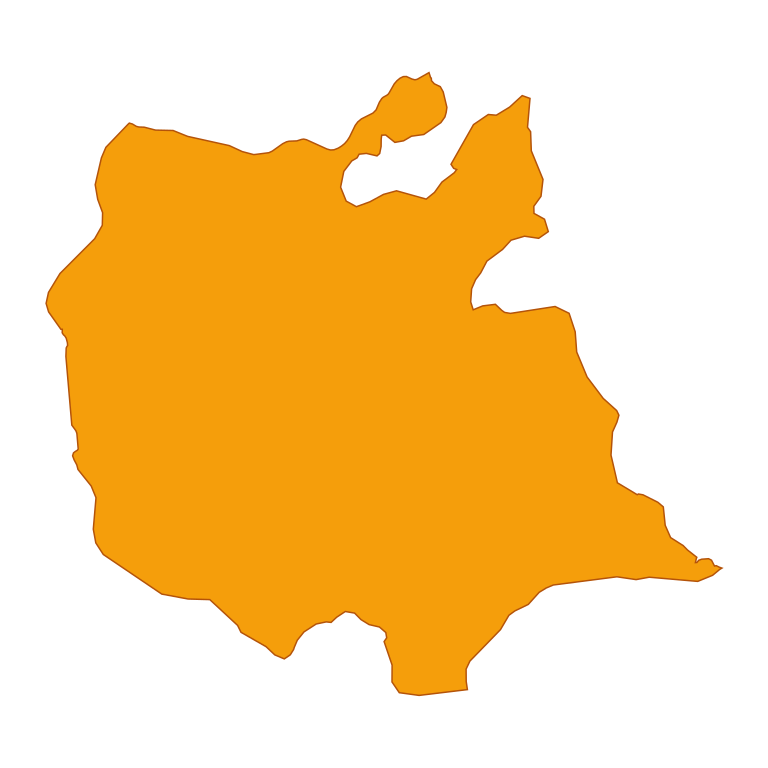 outline of East Azarbaijan
{"feature_id": "IRN-3238", "entity_name": "East Azarbaijan", "entity_type": "Province", "adm_level": 1, "iso_a3": "IRN", "parent_name": "Iran", "parent_adm1": "", "projection": "albers", "projection_center": [46.749, 37.961], "detail": "fine", "context": "isolated", "style": "filled", "palette": "amber", "viewbox_px": 768, "rotation_deg": 0, "n_neighbors": 0, "source": "natural_earth", "source_scale": "10m", "svg_char_len": 2944}
<svg xmlns="http://www.w3.org/2000/svg" viewBox="0 0 768 768"><path d="M303.7,139.1L306.4,139.7L326.9,149.0L330.5,150.0L334.0,149.8L338.3,148.1L341.5,146.1L344.6,143.6L347.3,140.5L349.6,136.9L355.2,125.4L357.8,121.9L361.4,118.9L372.9,113.1L376.1,109.9L379.4,102.2L381.8,98.5L383.3,97.2L386.6,95.4L388.2,94.2L389.3,92.6L394.3,83.8L397.0,80.7L400.0,78.2L403.3,76.6L406.4,76.5L411.9,79.0L414.9,79.8L417.2,79.3L429.0,72.6L430.6,77.6L431.3,78.1L431.5,80.7L434.3,83.8L440.3,86.7L443.2,91.9L446.9,107.4L446.2,112.4L444.9,117.0L440.9,122.6L423.8,134.5L411.5,136.2L403.6,140.8L394.9,142.4L385.7,135.0L381.7,135.2L381.2,139.1L381.1,146.5L379.7,153.5L377.0,155.9L366.4,153.4L359.1,154.2L357.1,157.8L351.8,160.9L343.8,171.4L340.6,187.2L346.2,201.1L356.4,206.7L369.9,201.8L383.5,194.4L396.5,190.8L426.2,199.1L434.5,192.4L441.9,182.1L454.3,172.7L456.7,169.5L453.7,168.4L451.0,164.3L473.5,124.6L488.3,114.5L496.3,115.2L509.6,107.1L522.2,95.6L530.0,98.4L527.5,127.3L530.6,131.7L531.3,150.8L543.0,179.4L541.0,196.3L533.8,206.3L534.0,213.4L544.5,219.2L548.3,231.6L538.7,238.3L524.5,236.2L511.0,240.2L502.7,249.3L486.9,261.1L480.7,272.9L475.6,279.6L471.6,288.8L470.7,301.9L473.2,309.8L482.7,305.9L495.4,304.3L501.8,310.4L504.6,312.4L510.4,313.4L555.1,306.5L569.1,313.3L575.2,331.8L576.7,352.0L587.1,377.0L603.2,398.4L616.7,410.6L618.9,415.2L616.9,422.2L612.5,432.0L611.0,455.1L617.4,482.8L637.2,494.7L638.4,494.0L643.0,494.8L657.9,502.3L663.3,506.9L665.2,525.3L670.6,537.6L683.2,545.6L687.5,550.0L696.8,557.3L696.3,558.7L695.4,562.6L696.9,562.5L698.7,560.3L701.7,559.2L708.6,558.7L711.5,560.2L714.5,566.0L716.3,565.7L719.1,567.1L721.9,568.1L719.6,569.5L712.6,575.3L697.7,581.4L649.2,577.2L636.1,579.6L616.9,576.8L553.3,585.0L546.2,588.0L539.2,592.3L528.3,604.4L514.9,610.9L508.9,615.3L500.5,629.6L469.9,661.1L466.1,669.1L466.2,681.4L467.4,689.6L419.1,695.4L399.3,692.7L392.0,682.0L392.1,665.1L384.1,641.6L386.7,637.8L385.8,632.5L379.4,627.0L369.1,624.6L361.0,619.6L354.6,613.1L345.3,611.5L336.7,617.2L331.1,622.4L326.2,621.9L316.2,624.0L304.0,631.9L297.3,640.2L294.3,647.3L293.6,649.5L290.3,654.8L284.3,658.9L274.8,654.9L266.1,646.7L241.0,632.3L237.6,625.4L209.8,599.6L188.1,599.0L161.8,594.1L103.3,554.5L95.8,542.9L93.3,529.2L96.0,497.7L91.2,486.0L78.0,469.5L76.8,464.9L74.1,459.8L72.6,455.8L73.5,452.9L75.4,451.4L77.3,450.3L78.2,449.0L76.9,433.7L76.6,432.6L75.8,430.6L71.8,425.1L65.9,356.5L66.2,348.0L66.8,346.7L67.6,345.5L67.4,342.7L66.2,338.2L64.9,336.1L63.4,334.7L62.2,332.8L62.3,329.3L60.9,329.3L48.6,311.9L46.1,303.4L48.5,292.4L60.0,273.5L94.7,238.7L102.3,225.3L102.6,212.7L97.7,199.3L95.2,184.7L101.4,157.9L105.9,147.3L128.0,124.3L129.3,123.1L132.4,124.0L136.4,126.4L137.3,126.6L138.8,127.0L144.3,127.2L155.5,130.1L173.1,130.5L183.2,134.6L187.7,136.4L229.3,145.6L242.3,151.6L253.7,154.6L255.7,154.4L268.9,152.7L272.3,151.1L282.7,143.7L286.5,141.8L289.1,141.2L296.8,140.9L301.6,139.4L303.7,139.1Z" fill="#f59e0b" stroke="#b45309" stroke-width="1.5"/></svg>